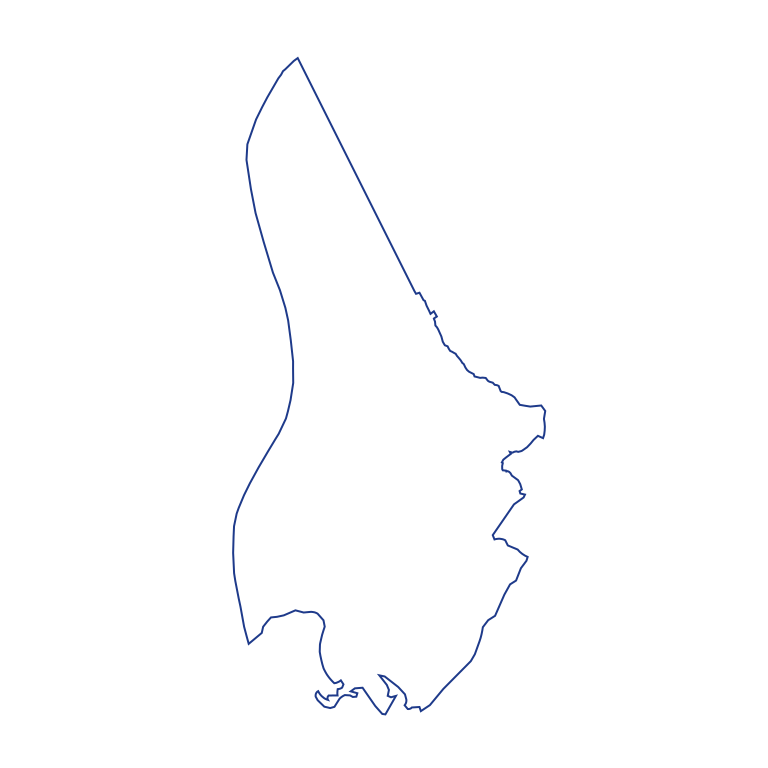 outline of Coronini, Caras-Severin, Romania, rotated 87°
{"feature_id": "2599482B76282201234198", "entity_name": "Coronini", "entity_type": "district", "adm_level": 2, "iso_a3": "ROU", "parent_name": "Romania", "parent_adm1": "Caras-Severin", "projection": "robinson", "projection_center": [21.719, 44.681], "detail": "fine", "context": "isolated", "style": "outline", "palette": "blue", "viewbox_px": 768, "rotation_deg": 87, "n_neighbors": 0, "source": "geoboundaries", "source_scale": "gbopen_adm2", "svg_char_len": 3662}
<svg xmlns="http://www.w3.org/2000/svg" viewBox="0 0 768 768"><g transform="rotate(87 384 384)"><path d="M564.2,249.6L562.7,252.3L560.9,254.8L558.8,257.1L556.3,259.2L551.7,268.8L546.4,271.1L545.7,272.4L545.2,273.7L544.9,275.0L544.6,276.4L544.5,277.7L544.6,279.1L544.7,280.4L545.0,281.8L540.6,283.3L511.0,260.5L504.6,250.5L501.8,249.0L500.5,253.6L498.0,254.2L496.5,251.9L491.1,253.2L487.1,255.1L482.2,261.1L479.6,262.4L478.3,263.6L477.5,265.1L477.8,266.4L476.9,266.7L476.4,269.9L475.2,270.4L472.0,270.3L469.2,269.5L468.5,270.4L465.8,268.8L463.5,265.6L460.4,261.0L458.4,261.9L459.3,259.3L458.5,257.4L458.2,255.4L458.8,253.5L458.2,250.5L457.8,249.5L454.6,244.4L451.0,240.6L447.7,237.6L443.8,233.0L444.7,231.3L446.4,228.0L443.0,226.7L439.1,226.0L435.1,225.6L431.1,225.7L427.2,226.1L419.4,224.4L413.7,228.1L414.2,239.1L413.1,244.3L411.9,249.5L406.2,253.1L404.2,254.3L401.9,257.2L399.9,261.0L398.4,264.8L398.0,267.0L397.1,267.9L391.9,269.6L391.1,271.2L390.6,273.5L388.4,275.3L387.2,278.7L386.2,280.1L383.3,282.1L382.8,285.2L382.9,287.7L381.7,291.5L381.2,293.2L378.8,293.9L376.2,298.4L374.4,300.3L371.7,301.9L369.2,302.9L368.0,303.5L367.2,304.6L364.3,306.2L362.0,307.9L359.7,309.7L357.5,310.9L357.1,311.7L355.4,314.3L354.4,316.2L352.1,317.5L349.7,318.5L348.5,321.2L347.0,322.0L344.8,323.1L339.6,324.2L336.0,325.6L332.4,327.0L330.2,328.1L328.3,329.6L326.4,329.7L324.3,329.8L321.3,330.8L321.1,330.6L319.4,327.7L314.0,330.4L316.4,333.9L313.1,335.2L308.0,337.4L303.1,338.8L302.4,340.1L301.6,340.5L294.7,343.8L295.6,347.3L292.9,348.7L54.0,453.1L56.7,457.2L64.6,466.2L66.3,468.5L69.8,470.6L73.2,473.5L91.6,485.5L101.0,491.1L113.1,497.9L137.5,507.9L153.0,509.6L182.3,506.7L206.6,503.3L235.9,496.7L266.9,489.1L284.9,483.0L302.8,478.5L315.5,476.4L335.4,474.8L356.6,473.6L363.7,474.0L378.2,474.6L395.3,478.2L406.3,481.4L413.3,483.7L428.3,491.8L433.6,495.5L445.6,503.6L460.9,513.7L476.1,523.1L487.7,529.6L500.2,535.6L505.7,537.9L518.2,541.2L528.4,542.2L544.8,543.5L565.1,543.6L572.9,542.8L590.7,540.3L598.8,539.0L603.5,538.4L619.1,536.4L629.1,534.3L636.4,532.7L632.8,527.9L626.2,519.1L620.1,517.4L615.2,513.1L611.2,509.1L610.9,503.0L609.8,496.2L605.4,484.3L607.5,477.7L608.0,476.2L607.8,471.3L607.7,468.7L608.0,466.9L608.4,465.2L609.2,463.4L609.9,462.3L616.8,456.8L623.2,455.9L627.1,457.4L631.2,458.9L635.3,460.1L639.5,461.3L640.9,461.6L648.1,462.2L652.3,461.7L656.6,461.0L660.8,460.2L664.9,459.2L667.0,458.3L669.1,457.3L671.2,456.2L673.1,455.0L675.0,453.7L676.8,452.3L678.6,450.8L680.2,449.3L680.0,447.5L679.4,445.8L678.7,444.1L677.7,442.6L681.8,440.2L685.0,441.7L685.6,442.8L686.0,443.9L686.2,445.0L686.3,446.2L687.9,446.5L689.4,446.7L691.0,446.8L692.6,446.7L692.2,455.6L692.8,456.1L693.5,456.6L694.3,456.8L695.1,456.9L695.9,456.8L696.5,456.5L696.0,457.8L695.4,459.0L694.6,460.2L693.7,461.2L692.4,462.6L690.8,463.9L689.2,464.9L687.3,465.8L687.8,466.7L688.5,467.4L689.3,468.0L690.3,468.4L691.4,468.6L692.6,468.6L696.3,466.8L703.1,460.5L704.8,454.7L703.8,450.4L695.9,444.8L694.9,443.6L694.1,442.4L693.3,441.0L692.7,439.6L692.6,439.4L693.2,434.2L694.9,431.5L694.8,428.0L691.4,426.8L689.2,433.3L686.4,429.0L686.2,421.3L705.1,409.6L713.4,403.0L714.0,399.9L696.1,388.4L697.2,393.4L695.6,396.6L689.8,395.1L684.7,396.9L674.7,403.9L676.1,398.6L687.3,385.7L695.0,379.3L700.3,378.2L701.3,378.2L702.6,378.4L703.8,378.8L705.0,379.5L705.9,380.2L709.8,377.3L709.9,376.2L709.7,375.1L709.3,374.1L708.5,373.1L708.4,365.5L712.6,364.3L707.1,355.0L691.6,340.7L665.3,311.8L658.6,307.4L646.0,302.1L642.6,300.8L639.1,299.7L635.6,298.8L632.0,298.0L625.3,292.3L621.3,285.2L600.6,274.8L590.7,268.6L587.2,262.4L575.1,256.9L568.0,251.0L564.2,249.6Z" fill="none" stroke="#1e3a8a" stroke-width="2"/></g></svg>